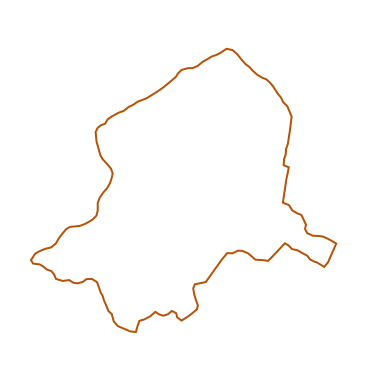 the district of Jitaúna, Bahia, Brazil, rotated 98°
{"feature_id": "56859067B22385713067819", "entity_name": "Jitaúna", "entity_type": "district", "adm_level": 2, "iso_a3": "BRA", "parent_name": "Brazil", "parent_adm1": "Bahia", "projection": "mercator", "projection_center": [-39.857, -13.954], "detail": "fine", "context": "isolated", "style": "outline", "palette": "amber", "viewbox_px": 384, "rotation_deg": 98, "n_neighbors": 0, "source": "geoboundaries", "source_scale": "gbopen_adm2", "svg_char_len": 2159}
<svg xmlns="http://www.w3.org/2000/svg" viewBox="0 0 384 384"><g transform="rotate(98 192 192)"><path d="M285.0,339.4L284.9,332.6L286.5,328.9L289.0,324.9L289.9,320.3L292.9,317.0L297.0,314.6L298.1,307.6L296.3,301.4L298.4,296.8L298.4,292.7L296.2,287.6L293.0,284.4L292.0,279.1L294.5,273.5L299.6,270.8L303.9,268.7L307.0,266.2L311.3,264.2L317.8,260.3L321.5,258.2L324.0,254.5L331.0,251.5L335.2,246.7L338.6,233.9L338.5,228.1L331.8,227.2L326.9,226.1L324.7,221.3L320.7,215.9L315.8,211.6L317.8,207.4L318.5,203.1L316.3,198.7L312.6,195.4L314.2,190.8L318.2,189.2L320.8,184.5L316.0,178.8L312.6,175.4L307.4,170.7L303.3,170.5L297.4,173.6L292.5,175.8L287.1,177.4L283.0,176.3L279.3,165.9L274.6,163.4L255.0,153.2L247.6,148.6L247.1,143.4L243.7,138.3L243.3,134.1L244.9,128.0L247.4,124.0L250.2,119.9L249.6,112.9L249.6,107.1L244.6,103.3L229.9,92.9L231.4,89.1L234.6,85.0L235.1,79.2L237.3,73.8L239.1,68.9L242.3,65.8L243.8,61.7L244.6,57.8L247.8,50.7L242.7,47.5L223.0,42.0L220.8,47.1L219.0,52.2L217.9,56.3L217.9,60.4L218.5,66.0L216.7,72.2L212.9,74.9L208.4,74.6L203.6,77.8L199.5,80.5L198.4,85.0L196.4,90.0L191.5,94.2L189.9,100.5L165.0,100.3L160.8,99.9L154.1,99.6L152.7,105.0L146.4,105.4L141.7,104.4L136.3,104.9L131.5,103.8L118.1,103.6L103.5,103.8L93.7,109.6L90.4,114.2L86.0,117.1L83.4,120.0L79.9,123.2L76.0,126.5L72.5,130.4L70.0,134.3L69.1,138.2L66.9,143.6L63.3,149.0L60.4,152.3L57.9,156.8L54.4,160.9L49.0,166.7L45.8,171.7L45.4,177.8L49.9,182.8L52.9,186.9L55.0,191.2L58.1,195.0L61.8,199.7L66.5,204.1L69.3,208.8L69.9,213.2L72.6,219.3L76.2,222.1L80.4,224.1L85.7,228.8L92.0,234.6L95.7,238.4L101.9,245.7L105.8,250.4L110.1,258.4L113.8,262.3L116.6,266.6L121.1,270.8L123.7,275.7L128.2,281.8L131.9,285.7L136.4,287.5L138.8,291.8L141.8,294.4L146.0,295.8L150.5,294.7L155.5,293.5L161.1,291.0L168.4,287.9L171.9,285.1L175.3,280.9L180.1,275.5L184.8,273.1L189.5,273.5L194.3,274.4L199.7,276.4L204.4,279.5L210.5,282.6L216.1,283.8L223.4,282.8L228.6,283.3L232.9,286.4L235.9,290.0L238.4,293.3L241.2,298.4L242.2,302.4L243.5,307.9L246.1,311.3L252.5,315.3L257.3,317.8L262.1,319.7L266.6,324.0L268.7,329.5L271.4,334.0L274.6,338.5L281.9,342.0L285.0,339.4Z" fill="none" stroke="#b45309" stroke-width="2"/></g></svg>